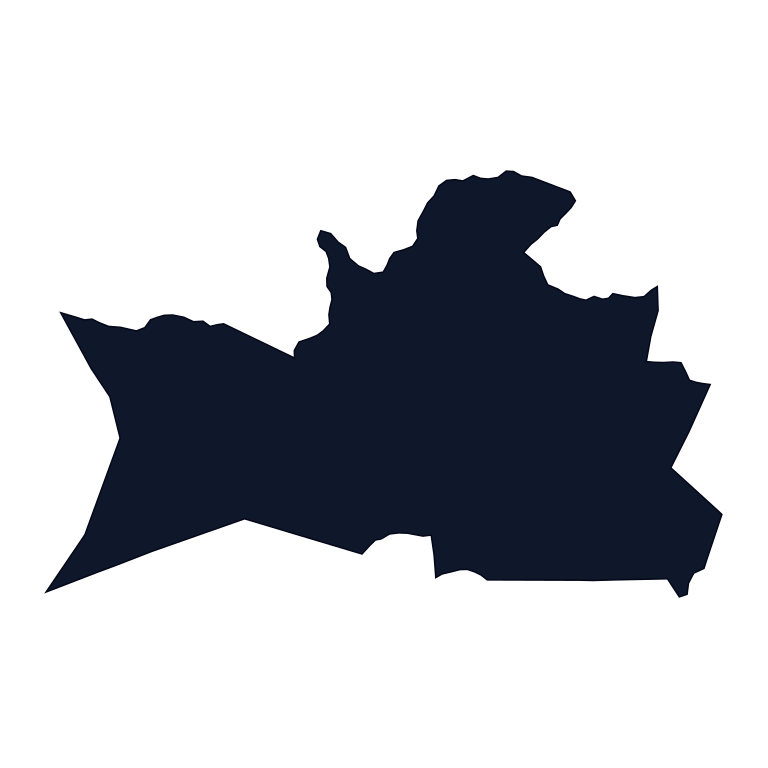 outline of Moraújo, Ceará, Brazil
{"feature_id": "56859067B38471619751725", "entity_name": "Moraújo", "entity_type": "district", "adm_level": 2, "iso_a3": "BRA", "parent_name": "Brazil", "parent_adm1": "Ceará", "projection": "robinson", "projection_center": [-40.674, -3.448], "detail": "fine", "context": "isolated", "style": "filled", "palette": "ink", "viewbox_px": 768, "rotation_deg": 0, "n_neighbors": 0, "source": "geoboundaries", "source_scale": "gbopen_adm2", "svg_char_len": 1982}
<svg xmlns="http://www.w3.org/2000/svg" viewBox="0 0 768 768"><path d="M706.3,561.0L721.9,514.4L714.2,507.3L670.8,467.8L689.0,431.6L710.2,384.5L702.3,383.5L696.0,382.3L689.4,380.2L686.1,372.7L681.0,362.7L673.1,362.0L663.7,362.5L655.0,362.3L646.3,361.6L650.8,336.5L658.1,310.6L657.3,286.5L651.2,290.3L644.1,296.6L634.9,297.6L622.7,295.7L612.9,293.6L608.5,298.3L602.5,299.2L594.0,296.4L586.0,300.2L579.7,298.8L573.9,296.6L564.7,293.6L558.1,289.1L547.7,284.8L543.5,275.6L540.6,266.9L532.3,259.8L523.6,252.5L530.8,244.4L537.3,239.2L544.1,232.2L551.0,226.6L557.2,225.3L560.1,218.9L565.7,213.3L571.0,207.7L575.4,200.8L570.2,192.0L532.0,177.4L521.6,176.0L513.5,171.5L506.2,171.1L498.1,177.4L488.3,179.0L480.4,178.3L473.3,175.5L462.9,180.9L455.0,179.6L446.6,180.4L438.9,185.9L434.1,195.9L427.6,202.9L423.9,210.3L418.1,220.8L416.8,230.7L417.8,238.5L412.6,246.3L403.2,249.9L394.0,252.5L389.7,258.5L387.2,265.0L383.2,272.1L373.8,273.5L365.9,269.2L358.4,265.9L349.7,258.5L345.6,247.4L338.1,242.1L330.7,233.6L320.8,230.7L317.4,239.2L319.9,246.6L326.1,251.5L328.7,258.4L329.9,267.0L326.8,278.1L327.0,286.5L331.2,292.4L332.0,299.5L330.1,307.0L328.9,314.6L329.7,324.0L323.1,331.0L317.0,335.4L309.7,338.4L299.0,342.0L294.3,350.5L294.5,358.0L240.2,331.8L223.6,323.8L217.4,324.7L210.1,326.4L203.0,321.2L193.5,321.7L183.7,317.2L172.6,315.0L164.2,315.3L157.4,317.3L150.5,319.8L144.9,327.6L136.4,330.9L128.0,329.0L120.5,327.3L108.6,326.4L98.6,322.4L92.1,319.1L84.6,319.9L76.3,317.3L60.7,312.7L91.1,368.4L109.9,396.8L120.1,438.1L84.9,534.7L80.5,541.3L46.1,592.0L98.0,572.0L115.5,565.5L151.8,551.4L244.5,518.8L362.0,554.0L369.5,545.8L375.4,540.0L381.3,538.9L389.5,534.0L398.6,532.9L407.4,533.2L423.0,536.1L431.2,535.1L434.1,555.1L435.8,577.6L442.0,574.0L451.7,571.7L459.9,569.6L467.4,569.4L474.9,572.0L481.0,575.0L487.3,579.9L579.7,580.2L593.1,580.5L614.3,579.9L667.5,578.8L679.3,596.9L687.1,594.3L688.5,583.2L693.7,573.2L704.0,568.4L706.3,561.0Z" fill="#0f172a" stroke="#020617" stroke-width="1.5"/></svg>